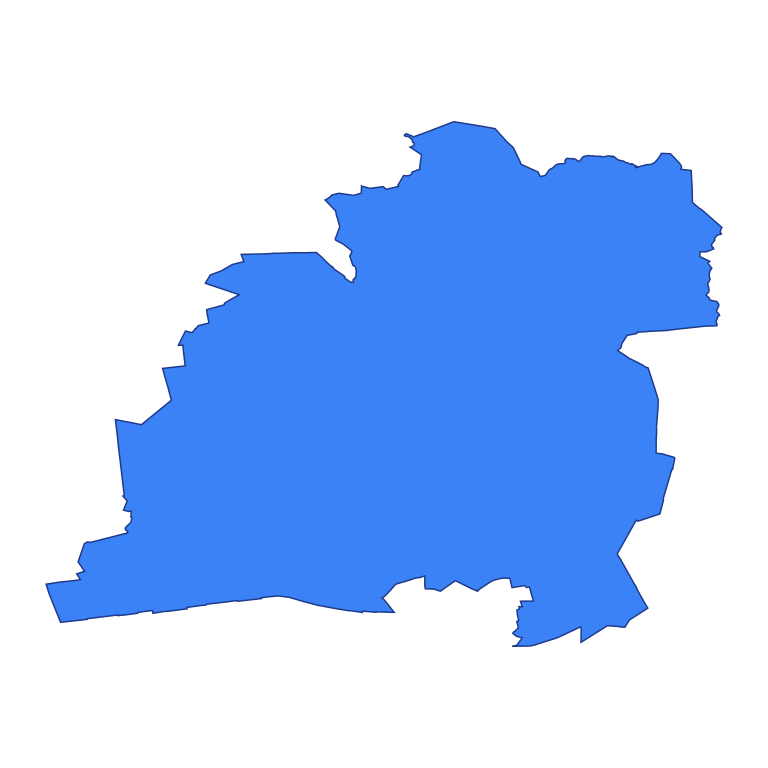 outline of Beļavas pag., Gulbene, Latvia
{"feature_id": "27541924B57047213850381", "entity_name": "Beļavas pag.", "entity_type": "district", "adm_level": 2, "iso_a3": "LVA", "parent_name": "Latvia", "parent_adm1": "Gulbene", "projection": "robinson", "projection_center": [26.768, 57.248], "detail": "fine", "context": "isolated", "style": "filled", "palette": "blue", "viewbox_px": 768, "rotation_deg": 0, "n_neighbors": 0, "source": "geoboundaries", "source_scale": "gbopen_adm2", "svg_char_len": 6105}
<svg xmlns="http://www.w3.org/2000/svg" viewBox="0 0 768 768"><path d="M659.9,513.9L663.4,500.4L663.4,498.1L671.8,469.5L672.5,469.5L674.8,458.2L674.4,457.5L673.8,457.2L672.8,457.0L661.6,453.7L657.6,453.4L656.1,453.0L656.2,439.4L656.6,432.7L656.6,429.6L656.4,426.3L656.7,424.7L657.9,408.7L658.2,403.6L658.1,399.3L654.4,387.2L648.1,367.9L645.1,366.8L642.6,365.0L629.1,358.3L623.2,354.2L617.7,350.7L618.8,349.4L620.5,348.1L620.8,347.7L621.2,346.8L621.8,343.8L622.1,343.1L626.3,336.8L626.8,335.9L627.1,335.3L627.5,335.3L636.8,333.5L636.8,333.2L636.9,332.3L651.6,331.2L667.0,330.5L669.1,330.1L682.2,328.6L704.7,326.2L716.9,325.8L717.0,324.0L716.3,322.3L716.3,321.6L716.1,321.2L716.2,320.7L716.8,319.8L717.4,318.2L717.9,316.3L718.1,316.1L719.6,315.5L718.9,314.0L718.4,313.4L716.7,312.1L716.6,311.8L716.8,310.2L717.1,309.4L717.9,307.9L718.8,305.6L718.8,304.8L718.6,304.1L718.2,303.3L717.0,301.9L716.8,301.5L711.2,300.4L709.4,299.5L709.1,297.8L706.2,295.3L706.3,294.4L708.4,292.6L708.8,291.6L709.0,289.5L708.7,287.3L707.9,285.3L707.8,283.4L708.0,282.8L708.3,282.4L708.5,282.4L710.1,279.4L709.1,275.2L709.8,271.5L709.6,271.4L711.8,268.3L707.8,263.1L709.8,261.4L699.9,256.6L699.9,251.9L706.5,251.8L713.7,248.9L713.1,247.4L711.7,246.5L711.6,244.2L714.8,240.2L714.6,238.1L717.6,235.0L721.3,234.1L720.2,231.8L721.2,228.5L721.9,227.5L701.9,209.9L698.7,207.8L692.4,202.4L692.2,188.8L691.7,180.7L691.2,170.5L681.0,169.3L681.6,166.4L679.5,163.2L670.4,153.7L661.3,153.4L659.8,156.2L657.8,159.0L656.6,160.4L655.0,162.2L651.7,164.1L651.0,164.4L645.5,164.8L643.9,165.5L638.3,166.9L636.0,167.7L635.8,167.6L636.8,166.7L637.0,166.4L634.9,165.7L634.8,165.3L633.6,164.9L632.4,163.9L631.9,163.6L631.7,163.6L631.8,164.4L631.6,164.6L629.7,164.0L627.8,162.8L626.5,162.8L623.6,161.2L620.6,160.4L619.8,160.5L618.4,160.0L616.1,158.5L614.7,157.2L613.7,156.5L612.8,156.1L612.0,157.0L611.8,156.9L611.5,156.3L609.5,155.9L608.8,156.0L606.6,156.1L603.5,157.0L600.6,156.3L598.5,156.2L596.7,156.4L593.2,155.9L590.2,155.9L588.2,155.5L587.4,155.5L587.1,155.6L586.4,156.4L584.7,156.1L583.9,156.4L583.2,156.7L582.6,157.3L579.6,161.1L578.7,161.4L578.2,161.2L575.6,159.3L574.1,158.8L573.2,158.7L570.8,158.7L566.9,158.4L566.6,158.5L566.1,158.9L565.6,159.9L565.0,160.6L565.0,160.9L565.5,161.8L565.5,162.1L565.3,162.6L565.1,162.9L563.5,163.6L562.8,163.8L559.9,163.8L558.0,164.0L555.5,165.2L552.9,167.8L552.0,168.4L550.7,168.9L548.9,170.3L545.3,175.4L543.6,175.9L540.2,176.4L538.0,172.0L521.2,164.4L519.6,160.7L513.5,147.9L512.2,146.5L505.7,140.8L505.8,140.7L503.2,137.6L499.0,133.1L495.2,128.7L480.8,126.1L453.8,121.7L424.8,132.8L413.4,136.9L412.6,136.3L406.4,133.7L404.5,134.9L404.5,135.7L406.0,136.5L407.7,136.3L409.6,137.4L410.5,138.5L411.9,139.2L412.7,142.2L413.9,143.0L414.3,144.4L413.4,145.9L410.1,147.1L421.5,154.8L419.7,167.0L420.2,169.1L417.7,169.8L414.7,171.2L412.8,171.7L412.2,172.1L411.4,174.4L408.4,175.8L403.6,175.6L397.8,185.4L398.4,186.4L386.4,189.3L383.1,186.6L369.9,188.4L361.5,186.0L361.3,193.1L353.7,195.4L339.2,193.3L334.5,194.3L331.7,195.1L330.5,196.5L328.6,198.0L325.1,200.0L335.5,210.8L336.2,213.5L336.5,215.8L337.5,218.2L338.4,221.9L339.7,226.3L339.7,227.0L335.4,238.5L335.3,239.0L335.3,239.5L335.5,239.9L336.3,240.5L343.2,244.1L351.9,250.9L351.2,253.2L349.9,255.7L349.8,256.2L352.9,265.4L354.8,266.3L355.4,266.8L355.7,267.5L355.9,269.7L356.2,270.5L356.5,271.7L356.1,272.8L356.0,275.4L355.8,277.1L355.6,277.6L354.8,278.0L354.5,278.3L354.6,278.6L353.3,279.6L353.0,280.0L353.0,280.6L353.4,281.4L353.4,281.7L353.4,282.1L353.0,282.5L352.3,282.6L349.4,281.5L347.9,280.1L346.9,279.7L345.1,278.4L344.8,278.0L344.8,276.7L343.2,275.3L334.1,269.1L332.4,266.7L331.8,266.7L329.8,265.0L326.1,261.6L321.9,257.3L316.3,252.5L302.5,252.8L295.9,252.7L274.6,253.4L274.2,253.2L274.2,253.3L264.3,253.9L241.2,254.4L243.8,261.6L232.3,264.5L221.2,270.9L210.2,275.0L205.3,283.3L239.2,294.7L228.2,300.9L224.6,303.1L224.3,304.8L206.6,309.7L207.4,315.3L209.0,323.0L198.3,325.7L195.5,328.8L195.1,328.8L194.7,329.7L192.0,332.7L185.5,331.0L181.1,339.7L178.4,345.4L182.8,345.1L183.8,354.2L185.2,365.9L162.6,368.4L165.6,379.3L167.1,384.5L167.8,386.6L169.8,394.5L171.4,400.2L141.4,424.7L115.4,419.6L117.4,436.3L118.3,445.2L124.3,495.7L122.9,496.1L127.2,500.9L123.5,510.1L128.7,511.5L131.0,511.0L131.2,515.7L130.7,516.9L131.9,518.0L131.9,518.9L131.4,519.6L130.9,522.3L126.9,526.1L125.2,528.2L125.8,530.2L127.0,530.5L127.8,532.8L125.3,533.5L90.3,542.4L87.6,541.9L84.4,543.6L78.1,561.8L84.5,571.4L76.7,573.8L80.4,579.7L72.4,580.8L59.6,582.1L46.1,584.2L48.3,591.2L49.6,595.1L60.6,622.3L87.1,619.4L87.1,618.7L117.8,615.0L117.9,615.6L125.3,614.9L131.2,614.1L137.7,613.3L138.1,612.3L152.4,610.5L152.9,613.3L164.3,611.5L168.9,611.2L187.1,608.8L186.9,607.4L201.1,605.5L206.3,605.0L206.6,604.2L227.9,601.8L233.7,600.9L237.4,600.6L237.5,601.3L261.2,598.6L261.0,597.8L266.1,597.1L278.4,595.9L289.5,597.4L303.1,601.4L317.4,605.2L334.1,608.3L347.8,610.6L351.6,610.8L362.4,612.5L363.0,611.1L376.1,612.3L376.2,611.8L394.2,612.4L386.7,602.9L383.9,599.6L382.0,597.7L384.4,596.6L390.9,589.7L394.8,585.1L396.6,583.9L410.1,580.0L414.5,578.3L420.6,577.3L424.8,575.9L424.8,585.8L425.3,588.8L433.9,589.1L440.4,591.2L447.1,586.4L455.2,580.8L456.3,581.1L471.0,588.4L477.4,591.2L478.5,590.2L478.2,590.0L489.5,582.5L492.5,580.8L494.3,580.1L499.4,578.7L501.7,578.3L503.9,578.1L509.9,578.3L512.0,587.6L524.8,585.6L526.6,587.5L529.5,587.1L531.4,594.1L533.5,601.1L520.5,601.2L522.2,606.8L518.9,606.6L519.5,608.9L517.0,609.9L517.2,613.0L517.5,615.4L517.7,616.5L518.2,618.0L518.6,620.5L518.5,620.9L518.2,621.1L516.8,621.5L518.4,628.1L516.7,629.4L515.9,630.4L513.2,632.4L512.8,633.3L516.1,636.1L522.2,637.9L517.5,644.4L516.1,645.4L513.7,646.0L512.8,646.1L512.8,646.3L529.0,646.0L531.5,645.7L534.0,645.2L557.5,637.7L580.5,626.9L581.0,627.5L581.2,630.4L581.0,642.3L607.1,625.9L607.1,625.7L619.1,626.5L619.2,626.8L624.9,627.2L629.3,620.1L647.8,608.1L645.7,604.8L637.5,590.2L636.2,587.0L634.9,584.8L634.8,584.6L634.6,584.5L620.4,559.1L618.8,556.8L617.2,553.9L622.9,543.9L630.2,530.8L636.2,520.1L637.4,520.9L638.2,521.1L638.9,520.9L659.9,513.9Z" fill="#3b82f6" stroke="#1e3a8a" stroke-width="1.5"/></svg>